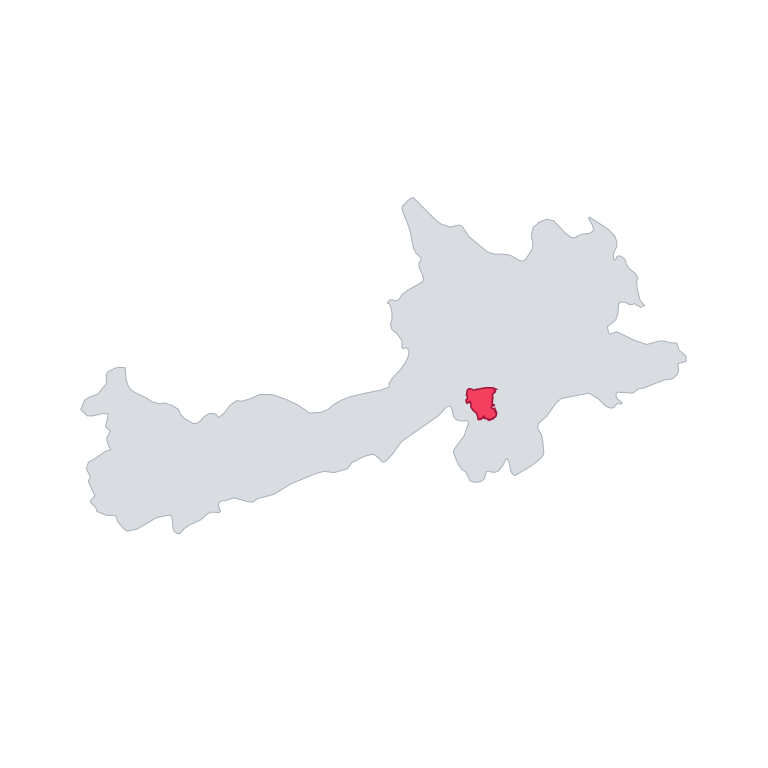 Kham, Xiangkhoang, Laos shown in context, rotated 111°
{"feature_id": "54806243B15908522447592", "entity_name": "Kham", "entity_type": "district", "adm_level": 2, "iso_a3": "LAO", "parent_name": "Laos", "parent_adm1": "Xiangkhoang", "projection": "orthographic", "projection_center": [103.704, 19.758], "detail": "fine", "context": "in_parent", "style": "filled", "palette": "rose", "viewbox_px": 768, "rotation_deg": 111, "n_neighbors": 0, "source": "geoboundaries", "source_scale": "gbopen_adm2", "svg_char_len": 8189}
<svg xmlns="http://www.w3.org/2000/svg" viewBox="0 0 768 768"><g transform="rotate(111 384 384)"><path d="M276.6,117.8L279.8,123.9L295.0,140.5L297.6,144.9L303.3,148.4L307.9,163.0L309.9,163.9L312.4,162.9L314.4,160.9L316.0,155.3L317.1,154.7L318.8,159.3L323.1,160.7L325.0,162.8L325.5,166.3L324.9,169.9L321.2,178.2L319.0,189.3L334.0,213.3L340.3,216.6L355.5,220.5L365.7,225.8L370.5,224.6L375.0,218.6L380.5,215.3L390.7,210.2L393.6,209.9L399.2,211.9L408.5,217.8L422.5,228.9L422.0,231.9L419.5,234.8L412.0,239.3L409.7,242.1L411.1,243.2L417.4,243.9L424.7,246.3L427.0,249.3L428.3,255.9L429.6,257.1L436.4,256.4L438.6,257.3L441.0,259.4L443.5,264.9L443.5,269.0L436.7,276.4L435.9,280.7L432.4,286.0L423.1,294.7L420.6,295.3L403.3,290.5L389.6,291.2L388.5,293.1L390.8,298.3L391.5,303.6L389.4,307.5L381.5,312.7L381.2,314.9L382.8,317.3L394.3,321.9L431.2,346.9L448.0,351.5L455.4,354.7L457.3,356.4L457.3,358.6L455.4,361.4L453.8,366.4L453.7,369.3L455.5,372.2L458.5,376.4L468.9,385.8L476.5,388.0L484.6,398.9L487.0,408.4L491.0,414.5L510.4,434.9L526.6,447.4L536.4,460.9L541.1,463.9L542.6,468.9L544.1,483.3L549.8,490.4L551.0,493.3L553.4,495.4L556.1,495.7L561.7,490.9L562.9,491.6L565.5,499.1L567.9,501.9L576.5,506.4L585.7,515.4L590.6,518.6L596.8,521.1L597.7,523.9L596.7,526.9L594.8,528.9L584.3,534.4L582.9,536.7L590.1,548.3L607.9,562.4L613.5,571.0L612.4,575.2L607.7,583.8L604.1,586.1L603.2,588.8L606.0,595.6L605.9,606.3L602.6,608.9L599.6,615.5L597.4,616.0L592.0,613.8L580.8,625.2L575.9,624.7L570.3,631.1L563.0,632.0L557.9,627.5L547.0,620.2L543.1,615.6L539.7,619.7L534.1,623.6L526.1,622.4L524.0,628.0L522.4,629.0L512.7,630.1L510.9,631.1L512.5,636.2L518.3,644.7L520.1,649.7L516.6,657.9L506.5,657.8L502.0,654.5L496.2,647.7L483.3,643.3L474.7,646.5L472.0,646.4L465.5,640.7L463.1,636.9L461.6,631.4L471.4,626.8L476.3,623.3L479.6,619.5L480.9,615.6L482.4,599.5L483.8,593.8L482.9,586.9L480.2,581.4L480.1,573.2L481.5,566.5L485.2,563.1L487.7,558.3L489.2,547.6L488.0,544.8L484.3,542.2L478.1,539.8L474.2,536.6L472.6,532.8L472.7,529.5L474.6,526.6L469.9,523.4L458.7,519.9L452.4,515.7L451.1,510.8L446.4,504.3L438.3,496.3L434.0,484.7L433.5,469.6L434.4,457.3L437.8,443.0L433.1,432.7L427.9,427.3L420.8,423.3L414.0,417.6L407.5,410.2L399.8,399.1L390.8,384.6L384.8,378.0L381.7,379.5L375.2,378.2L365.3,374.0L356.7,371.7L349.4,371.3L344.6,372.3L342.4,374.5L342.2,376.7L344.1,378.9L343.1,380.6L339.2,381.8L336.1,384.2L332.6,389.5L330.1,396.5L326.5,399.2L320.8,399.8L315.3,401.8L309.8,405.2L307.2,407.7L307.5,409.5L306.3,409.9L303.6,408.9L302.4,406.6L302.5,402.9L299.8,400.4L294.1,399.2L287.6,395.2L275.3,385.0L272.4,384.5L268.3,387.1L263.0,392.7L258.6,394.9L255.1,393.7L252.5,395.6L250.5,400.8L247.1,404.8L230.3,415.5L215.1,429.3L211.3,430.5L202.2,426.4L199.4,423.7L212.2,395.1L214.2,388.1L213.9,378.9L208.8,371.1L208.6,368.9L209.4,366.5L215.9,357.7L223.6,334.9L223.3,327.7L220.2,319.8L218.5,312.4L220.1,302.2L219.6,298.3L216.2,296.2L204.9,294.0L198.3,295.6L195.2,298.3L191.4,300.0L184.2,300.8L177.5,297.2L172.0,291.3L170.8,284.1L178.1,268.9L179.9,263.0L179.8,260.2L178.6,257.3L177.0,256.8L173.4,253.2L170.1,246.7L166.8,243.7L163.7,244.2L160.8,246.6L156.0,252.5L154.5,251.7L159.1,230.6L163.2,221.6L167.9,217.5L172.7,215.9L177.9,216.6L182.2,215.9L185.7,213.8L185.4,212.5L181.3,212.1L179.7,209.7L180.6,205.2L182.5,202.3L185.4,201.0L188.2,196.5L190.9,188.8L194.2,184.9L197.9,184.9L204.4,181.7L213.6,175.3L217.2,169.0L220.6,172.0L219.2,179.3L221.0,180.8L221.8,183.5L221.3,187.6L222.0,191.1L223.3,192.8L225.3,193.6L235.0,190.8L240.9,190.6L250.5,196.1L256.3,192.2L256.4,190.7L251.8,185.6L253.4,167.0L253.0,152.9L245.2,142.4L243.6,138.2L242.9,131.3L240.8,125.4L246.5,120.8L249.7,112.2L253.7,110.1L254.9,110.5L259.7,117.0L265.8,113.8L270.5,113.9L274.5,115.7L276.6,117.8Z" fill="#d9dde1" stroke="#a8b0b8" stroke-width="1"/><path d="M348.6,277.2L348.6,277.3L348.7,277.6L348.6,277.9L348.8,278.1L348.8,278.4L349.0,278.9L348.9,279.1L348.8,279.3L348.8,279.6L348.8,279.8L348.5,279.8L348.4,279.9L348.7,281.6L348.8,281.8L348.9,282.0L349.0,282.2L349.2,282.9L349.5,283.7L349.6,284.0L350.1,285.2L350.3,286.0L350.9,287.3L351.6,288.6L352.4,289.9L352.5,290.1L352.5,290.3L352.9,290.8L353.3,291.6L354.2,292.7L355.4,294.9L355.8,295.8L356.5,296.4L356.9,296.8L357.5,297.7L357.6,297.9L357.6,298.4L357.4,299.8L357.4,300.7L357.5,301.5L357.6,301.8L357.8,302.4L358.0,302.6L358.4,303.4L358.5,303.5L359.9,304.0L360.0,304.0L360.6,303.9L362.0,303.7L363.6,303.3L364.1,303.2L364.7,303.0L365.0,303.0L365.3,302.6L365.3,302.1L365.8,301.7L366.0,301.4L366.6,301.2L368.1,301.2L368.3,301.3L368.9,301.5L369.4,301.6L369.7,301.6L370.1,301.5L370.5,301.3L371.6,300.4L371.8,300.2L372.1,299.7L372.2,299.3L371.7,299.1L371.4,299.1L371.3,298.9L371.1,298.7L370.5,298.7L370.6,298.2L370.6,297.9L370.5,297.7L370.3,297.4L370.0,297.5L369.8,297.6L369.5,297.6L369.4,297.4L369.5,297.1L369.9,296.9L370.2,296.8L370.4,296.8L370.7,296.5L370.8,296.3L371.0,296.2L371.1,295.9L371.9,295.6L372.2,295.5L372.4,295.2L372.9,295.1L373.2,295.1L373.8,295.0L374.1,294.8L374.4,294.4L374.6,294.1L374.8,293.9L375.1,293.6L375.6,293.1L376.1,292.1L376.3,291.9L376.9,290.9L377.4,289.3L377.6,288.3L377.8,287.8L378.8,286.5L380.4,285.2L381.2,284.6L382.3,284.0L383.4,283.4L383.4,283.1L383.4,282.9L383.2,282.7L383.0,282.3L383.0,282.2L382.9,282.2L382.8,281.9L382.3,281.5L382.4,281.3L382.4,281.2L382.3,280.9L382.0,280.9L381.9,280.8L381.9,280.6L381.3,280.3L381.3,280.2L381.2,280.0L381.2,280.3L380.9,280.1L380.7,280.2L380.4,280.0L380.3,279.9L380.2,279.7L380.0,279.8L379.8,279.9L379.7,279.7L379.3,279.5L378.7,279.7L378.4,279.6L378.2,279.6L378.3,279.3L378.4,279.1L378.7,279.0L379.1,278.7L379.3,278.3L379.3,278.2L379.5,278.2L379.8,278.2L380.0,278.0L380.1,277.9L380.1,277.7L380.1,277.4L380.1,277.2L379.9,276.9L379.8,276.7L379.7,276.6L379.7,276.4L379.4,276.1L379.6,275.8L379.4,275.4L379.4,275.1L379.4,274.9L379.5,274.9L379.4,274.6L379.4,274.3L379.4,274.2L379.7,274.1L379.8,274.1L379.9,273.9L380.0,273.9L379.9,273.6L379.7,273.3L380.0,273.2L380.2,273.3L380.2,273.2L380.0,272.9L379.9,272.7L380.1,272.5L380.0,272.4L379.8,272.5L379.7,272.3L379.3,272.5L379.1,272.2L378.9,272.0L378.8,271.7L378.7,271.8L378.5,271.7L378.5,271.4L378.3,271.5L378.1,271.4L378.1,271.2L378.3,271.0L378.2,270.9L378.0,271.0L378.0,270.9L378.0,270.7L377.9,270.6L377.7,270.4L377.4,270.1L377.4,269.9L377.4,269.7L377.2,269.8L377.0,269.5L377.0,269.4L376.6,269.3L376.4,269.4L376.3,269.5L376.2,269.6L375.9,269.7L375.7,269.1L375.4,268.7L375.1,268.7L374.9,268.5L374.8,268.4L374.7,268.3L374.7,268.2L374.3,268.1L374.0,268.1L373.9,268.1L373.7,268.2L373.6,267.9L373.4,267.8L372.9,268.1L372.7,268.1L372.3,268.3L372.2,268.3L371.9,268.3L371.6,268.4L371.4,268.4L371.2,268.5L371.0,268.4L370.7,268.5L370.6,268.4L370.5,268.6L370.6,268.8L370.7,269.0L370.6,269.5L370.4,269.5L370.2,269.8L370.2,269.7L369.9,269.8L369.7,269.7L369.7,269.8L369.5,270.0L369.4,270.1L369.0,270.2L368.9,270.2L368.7,270.2L368.7,270.3L368.8,270.4L368.8,270.5L368.7,270.6L368.4,270.6L368.2,270.7L368.1,270.8L367.9,271.0L367.7,271.1L367.6,271.4L367.6,271.6L367.6,271.8L367.8,271.9L367.8,272.0L367.7,272.2L367.6,272.3L367.3,272.3L367.5,272.5L367.7,272.8L367.8,273.0L367.8,273.4L367.8,273.6L368.0,273.9L368.1,274.0L368.1,274.5L367.9,274.8L367.7,275.0L367.4,275.3L367.2,275.4L367.0,275.5L366.9,275.4L366.7,275.3L366.3,275.3L366.2,275.3L365.9,275.2L365.6,275.0L365.4,274.6L365.2,274.5L365.0,274.4L364.9,274.1L365.0,273.7L364.9,273.6L364.7,273.6L364.4,273.5L364.3,273.4L364.1,273.4L364.0,273.5L364.2,273.9L364.2,274.4L364.3,274.6L364.6,274.8L364.7,275.0L364.6,275.5L364.2,275.6L363.7,275.8L363.4,276.1L363.4,276.3L363.1,276.3L362.8,276.1L362.7,276.0L362.5,276.3L362.4,276.4L362.2,276.4L361.8,276.6L361.6,276.7L361.1,276.5L360.8,276.6L360.6,276.7L360.2,277.2L360.0,277.3L359.7,277.3L359.4,277.2L359.3,277.3L359.0,277.6L358.9,277.5L358.8,277.4L358.7,277.3L358.5,277.2L358.3,277.2L358.1,277.3L357.5,277.7L357.3,278.1L357.2,278.1L356.9,278.0L356.3,278.1L356.2,278.2L355.9,278.9L355.7,279.0L354.8,278.8L354.6,278.7L354.2,278.7L353.8,278.3L353.7,278.2L352.9,278.3L352.8,278.2L352.6,278.2L352.3,277.8L351.7,277.4L351.3,277.2L351.2,277.3L351.0,277.6L350.8,277.8L350.7,278.0L350.6,278.5L350.4,278.6L350.1,278.6L349.8,278.2L349.6,278.1L349.5,277.9L349.3,277.8L349.1,277.7L348.6,277.2Z" fill="#f43f5e" stroke="#9f1239" stroke-width="1.5"/></g></svg>